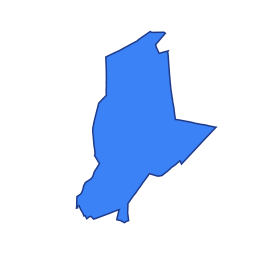 outline of Pielesti, Dolj, Romania, rotated 135°
{"feature_id": "2599482B41657054253301", "entity_name": "Pielesti", "entity_type": "district", "adm_level": 2, "iso_a3": "ROU", "parent_name": "Romania", "parent_adm1": "Dolj", "projection": "robinson", "projection_center": [23.982, 44.341], "detail": "fine", "context": "isolated", "style": "filled", "palette": "blue", "viewbox_px": 256, "rotation_deg": 135, "n_neighbors": 0, "source": "geoboundaries", "source_scale": "gbopen_adm2", "svg_char_len": 3969}
<svg xmlns="http://www.w3.org/2000/svg" viewBox="0 0 256 256"><g transform="rotate(135 128 128)"><path d="M93.5,193.9L100.6,186.2L106.7,179.9L109.4,177.2L110.6,176.1L111.5,175.2L113.1,173.5L116.4,170.5L119.3,167.5L120.0,166.6L121.1,166.4L121.8,166.4L122.3,166.4L122.6,166.4L123.0,166.4L123.9,166.4L126.1,166.4L126.9,166.4L127.6,166.3L128.2,166.3L129.1,166.3L129.7,166.3L130.1,166.3L130.4,166.2L130.7,166.2L130.9,166.2L131.4,166.1L131.7,165.9L143.8,158.7L149.0,155.5L149.9,154.8L150.8,154.2L151.5,153.8L151.9,153.5L152.3,153.3L152.7,152.9L153.5,152.3L154.7,151.1L155.4,150.4L156.1,149.7L156.7,148.8L157.9,147.5L158.8,146.3L159.6,145.4L162.7,141.7L164.3,139.8L165.6,138.0L167.7,135.2L170.1,132.5L170.8,132.3L171.1,132.2L171.2,131.9L171.4,131.1L171.5,130.5L172.3,127.3L172.8,125.3L173.1,124.0L173.1,123.8L173.1,123.7L173.0,123.3L173.0,123.2L173.8,123.0L175.3,122.6L176.7,122.2L177.9,121.9L178.8,121.7L179.8,121.5L180.8,121.3L182.0,121.0L182.9,120.8L183.3,120.6L184.1,120.2L185.2,119.6L185.8,119.3L186.3,119.1L186.8,118.8L187.4,118.6L187.9,118.5L188.4,118.4L189.0,118.3L189.6,118.3L190.1,118.3L190.6,118.3L191.2,118.4L192.1,118.6L192.9,118.8L193.6,118.9L194.9,119.2L195.2,119.3L195.6,119.4L195.9,119.4L196.2,119.4L196.6,119.5L196.8,119.5L197.1,119.5L197.5,119.4L198.6,118.9L199.0,118.8L199.5,118.7L199.8,118.6L200.2,118.5L200.8,118.1L201.4,117.7L201.5,117.5L202.0,117.3L202.7,116.9L203.3,116.5L204.9,115.7L206.0,115.3L206.7,115.0L207.6,114.9L209.5,114.9L210.7,115.2L212.0,115.5L212.6,115.6L214.1,114.2L215.6,112.8L219.1,109.5L219.6,109.0L220.5,108.2L221.1,107.8L220.7,107.5L220.5,107.3L220.0,107.2L219.5,108.1L219.1,108.7L217.4,107.7L217.8,107.1L218.1,106.6L218.4,105.7L218.9,104.2L219.3,103.0L219.9,100.5L220.3,99.3L220.8,98.2L221.4,97.0L220.3,96.3L220.4,95.9L220.8,94.6L221.3,93.0L220.5,92.9L219.9,92.8L219.1,92.8L217.9,92.5L217.4,92.2L216.8,91.9L216.8,91.6L216.7,90.3L216.7,87.8L212.5,85.8L207.2,83.4L202.6,81.3L200.4,80.3L199.5,79.9L199.0,79.7L198.7,79.6L196.5,78.7L193.7,77.4L192.8,76.9L192.0,76.5L192.3,76.4L192.5,76.3L192.7,76.2L192.9,76.1L193.2,76.0L193.4,75.8L193.9,75.4L195.0,74.7L195.9,74.2L196.6,73.7L197.3,73.3L197.9,73.0L198.7,72.5L199.3,72.0L200.4,71.4L200.7,71.1L200.8,71.0L200.4,70.4L200.1,70.0L199.4,68.8L198.7,67.9L198.6,67.4L198.4,66.6L198.1,65.8L197.8,64.7L197.6,64.0L197.4,63.8L197.4,63.6L196.2,63.3L195.0,63.0L193.8,62.5L193.3,62.2L192.9,62.1L192.8,62.3L192.6,62.7L192.3,63.1L190.3,65.6L189.6,66.5L189.2,67.0L188.9,67.5L188.6,67.8L188.4,68.0L187.9,68.6L186.8,69.6L183.7,72.5L182.5,73.6L181.4,74.7L180.0,74.9L178.3,75.2L176.0,75.6L172.8,76.2L168.1,76.7L162.9,77.7L160.4,78.0L158.9,78.3L156.4,78.8L149.7,79.8L145.2,80.6L142.3,75.3L141.5,73.6L139.9,71.9L138.3,70.9L137.7,70.4L131.1,69.6L127.0,69.3L125.0,69.4L123.4,69.0L120.3,68.5L118.6,68.4L116.2,68.2L114.4,68.0L115.1,66.2L115.7,64.7L81.0,65.9L67.1,66.3L65.2,66.3L65.5,66.7L66.3,67.8L68.6,71.2L70.3,74.0L71.2,75.5L72.5,77.2L73.3,78.3L73.6,78.8L74.3,79.6L74.6,80.0L74.9,80.6L76.5,82.9L77.2,83.9L77.6,84.6L78.0,85.3L78.8,86.7L79.4,87.6L81.0,90.1L81.9,91.2L82.2,91.9L82.4,92.0L82.7,92.4L83.8,94.1L84.3,94.8L85.7,96.9L86.4,97.8L87.6,99.4L88.5,100.5L87.6,101.7L85.2,104.9L83.2,107.5L81.5,109.6L78.4,114.1L77.9,115.0L77.0,115.9L76.2,117.0L74.7,119.1L73.9,120.2L72.4,122.2L71.0,124.1L69.5,126.1L69.0,126.7L67.8,128.0L66.9,129.2L66.6,129.6L66.1,130.2L66.0,130.3L61.5,135.7L58.2,139.5L51.4,147.4L49.9,149.1L48.9,150.2L47.1,152.4L46.2,153.7L45.1,154.1L53.2,158.8L50.9,165.1L50.4,165.8L50.1,166.5L49.9,167.0L49.7,167.4L34.6,168.6L34.7,169.5L34.8,170.0L35.0,170.4L35.2,170.7L35.7,171.1L36.5,171.9L36.8,172.2L37.9,173.3L38.2,173.6L39.0,174.3L40.1,175.4L40.8,176.1L42.0,177.2L42.8,178.0L43.5,178.8L43.7,179.0L43.8,179.5L44.0,180.0L44.1,180.5L47.3,181.1L50.8,181.7L53.8,182.3L54.6,182.4L58.4,183.1L59.6,183.0L60.3,183.2L61.0,183.4L63.7,184.2L64.3,184.4L67.8,185.5L68.7,185.7L74.9,187.6L79.6,188.9L85.6,191.2L86.1,191.3L89.2,192.4L93.2,193.8L93.5,193.9Z" fill="#3b82f6" stroke="#1e3a8a" stroke-width="1.5"/></g></svg>